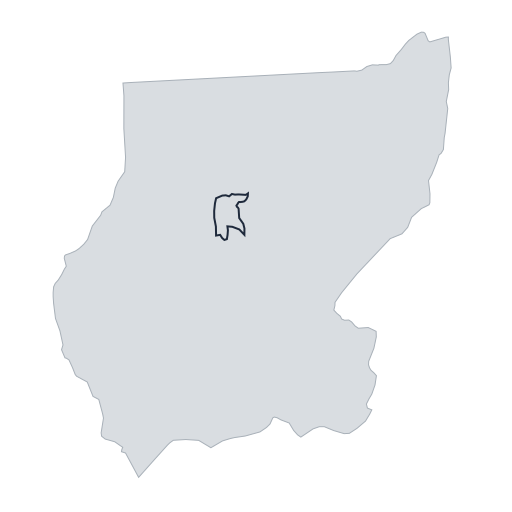 where Luweero sits in Uganda, rotated 177°
{"feature_id": "UGA-3092", "entity_name": "Luweero", "entity_type": "County", "adm_level": 1, "iso_a3": "UGA", "parent_name": "Uganda", "parent_adm1": "", "projection": "albers", "projection_center": [32.54, 0.844], "detail": "fine", "context": "in_parent", "style": "outline", "palette": "slate", "viewbox_px": 512, "rotation_deg": 177, "n_neighbors": 0, "source": "natural_earth", "source_scale": "10m", "svg_char_len": 2819}
<svg xmlns="http://www.w3.org/2000/svg" viewBox="0 0 512 512"><g transform="rotate(177 256 256)"><path d="M379.8,435.7L371.5,435.8L358.1,435.8L344.6,435.8L331.2,435.8L317.7,435.8L304.3,435.8L290.8,435.8L277.4,435.8L263.9,435.8L250.5,435.8L237.0,435.8L223.6,435.8L210.1,435.8L196.7,435.8L183.2,435.8L169.8,435.7L156.3,435.7L148.4,435.7L146.8,435.5L145.7,435.2L140.6,436.1L135.4,439.4L129.8,440.8L123.8,440.2L123.1,440.6L120.0,440.5L115.7,440.3L111.7,441.1L108.7,444.0L105.6,449.0L100.1,454.6L95.8,459.7L92.1,463.3L83.7,469.1L79.1,470.9L76.8,470.6L75.5,469.5L72.8,461.9L71.2,460.7L54.9,464.6L52.4,464.6L52.6,462.3L51.5,444.5L51.3,433.6L53.5,426.8L54.8,419.0L54.9,412.1L57.9,400.3L56.8,393.2L60.8,368.5L61.8,364.5L63.3,352.5L65.8,348.8L67.9,347.4L70.7,340.0L76.1,328.3L79.8,322.3L79.0,309.0L79.6,300.1L80.5,298.1L88.4,294.7L98.6,286.5L103.0,276.7L109.1,270.5L120.9,266.4L121.0,266.4L156.1,232.9L172.4,214.9L179.5,205.6L179.8,202.3L181.1,197.9L178.3,194.5L174.9,191.4L173.8,188.6L170.9,187.2L166.7,187.2L163.9,185.1L160.8,181.0L157.6,178.5L147.7,178.7L140.0,174.5L140.1,168.9L143.1,157.7L149.0,144.9L149.3,141.4L148.5,138.4L147.1,135.8L144.4,133.2L142.0,130.2L143.9,121.0L147.6,112.0L150.6,107.5L153.5,102.4L152.7,98.3L148.4,96.3L150.7,92.2L155.3,85.4L164.2,78.6L172.1,74.0L177.3,74.0L187.5,77.6L196.8,82.0L201.8,82.2L208.0,80.4L220.7,72.8L223.8,75.2L227.5,79.8L231.6,87.5L239.6,91.0L243.4,93.4L246.2,94.2L247.7,93.5L250.8,87.5L254.5,84.2L261.3,80.1L276.2,76.8L287.0,75.8L291.5,75.0L299.1,73.1L311.1,66.9L322.9,74.9L335.7,76.4L348.2,76.3L351.9,73.9L354.1,72.0L367.2,58.9L384.8,41.1L396.6,66.1L400.6,67.6L400.1,69.8L399.1,71.9L406.8,77.9L416.2,81.1L419.6,84.1L419.9,87.5L416.8,102.1L417.4,106.3L420.5,121.0L426.1,124.3L431.1,139.0L441.3,145.2L442.7,147.0L445.1,154.2L448.2,162.0L450.6,163.8L452.1,164.3L455.1,172.6L453.4,177.3L455.7,191.5L459.5,204.1L460.6,219.3L460.7,226.0L460.5,230.1L459.7,235.8L457.9,239.2L454.7,242.4L451.1,247.5L448.0,253.0L446.0,255.7L447.6,263.8L447.2,266.0L446.3,267.0L441.8,268.3L435.9,270.5L432.3,272.7L427.3,276.8L423.3,281.3L417.9,294.5L409.0,304.8L407.5,308.2L399.1,314.4L395.4,321.9L393.0,331.2L389.8,337.9L382.7,347.0L381.1,361.4L381.3,390.1L379.5,422.9L379.8,435.7Z" fill="#d9dde1" stroke="#a8b0b8" stroke-width="1"/><path d="M286.8,273.7L288.9,275.8L290.7,279.0L294.8,278.5L294.5,287.5L295.7,296.3L295.4,303.3L294.2,310.8L292.8,315.8L286.5,318.1L283.0,318.2L279.7,317.0L276.8,319.2L273.9,318.4L270.2,318.4L263.1,317.6L261.9,318.2L260.8,318.9L261.1,316.0L262.6,313.3L263.7,312.1L265.1,311.1L266.9,310.8L268.7,310.7L270.2,310.8L271.0,310.0L271.9,308.6L272.9,307.4L272.5,306.2L271.5,305.3L270.9,304.1L270.8,294.8L267.0,288.8L266.1,284.1L266.5,277.8L271.3,283.4L278.1,286.4L283.0,287.1L282.7,283.2L283.3,278.5L284.2,274.4L286.8,273.7Z" fill="none" stroke="#1e293b" stroke-width="2"/></g></svg>